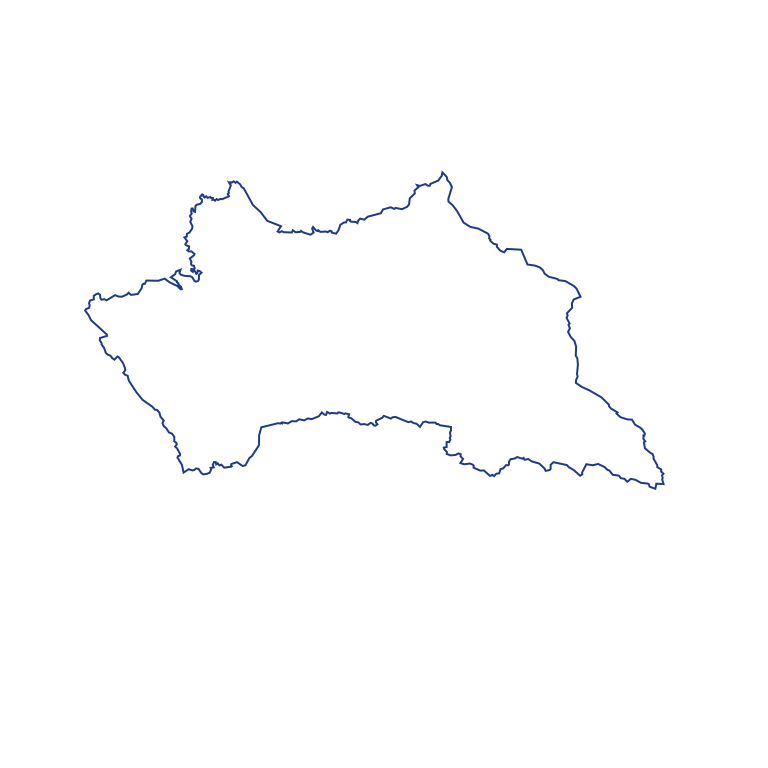 Mueang Phrae, Phrae, Thailand, rotated 312°
{"feature_id": "78962969B59947573587879", "entity_name": "Mueang Phrae", "entity_type": "district", "adm_level": 2, "iso_a3": "THA", "parent_name": "Thailand", "parent_adm1": "Phrae", "projection": "equal_earth", "projection_center": [100.232, 18.084], "detail": "fine", "context": "isolated", "style": "outline", "palette": "blue", "viewbox_px": 768, "rotation_deg": 312, "n_neighbors": 0, "source": "geoboundaries", "source_scale": "gbopen_adm2", "svg_char_len": 6166}
<svg xmlns="http://www.w3.org/2000/svg" viewBox="0 0 768 768"><g transform="rotate(312 384 384)"><path d="M184.1,294.3L190.0,295.9L191.5,299.3L193.0,300.5L195.4,300.8L196.8,302.9L195.6,307.8L195.9,310.1L198.4,312.3L201.4,313.8L205.3,312.5L205.7,311.3L208.1,313.3L209.3,310.9L212.3,309.9L213.3,311.2L212.0,313.1L213.8,313.5L213.3,316.1L215.2,317.1L214.9,321.2L220.3,325.8L221.0,325.9L221.2,324.8L222.4,324.1L227.6,327.1L228.4,333.7L230.8,335.4L238.8,333.5L242.4,334.0L254.7,332.1L262.4,325.5L269.7,321.8L284.0,331.5L285.2,333.4L286.7,333.7L286.6,334.7L287.8,334.6L290.4,339.0L294.6,340.3L297.5,343.7L301.2,344.7L303.5,349.0L307.4,350.4L309.5,353.8L316.5,357.2L321.2,356.8L321.3,360.1L322.3,361.6L325.1,360.4L325.9,363.7L327.3,364.3L330.9,369.1L332.2,369.0L333.3,370.2L335.1,374.5L336.2,374.9L338.2,378.3L335.5,379.6L335.5,380.4L336.7,382.7L336.7,387.9L338.3,390.6L338.3,393.7L341.1,396.3L342.7,399.3L346.1,400.0L346.9,401.9L346.4,404.1L347.4,405.6L349.6,406.1L350.1,403.6L351.4,402.7L357.8,405.3L360.2,405.2L362.9,412.2L364.9,412.6L367.2,414.5L371.9,427.6L374.3,429.2L374.6,431.7L376.3,434.9L376.2,439.5L381.8,438.6L384.0,440.1L385.3,443.2L389.7,448.0L389.5,449.9L390.5,451.1L390.7,453.1L396.9,462.5L394.1,465.0L392.3,465.3L389.6,468.5L388.1,468.8L387.1,470.6L384.4,471.2L382.7,469.4L379.1,472.7L376.7,471.0L375.8,472.5L375.6,476.1L374.0,477.5L375.7,481.5L379.3,484.7L382.3,485.8L383.1,488.0L381.4,489.4L381.2,492.9L376.4,493.7L377.9,497.2L382.4,501.1L383.4,503.8L383.4,505.2L381.8,506.5L384.0,513.5L386.6,516.0L386.6,524.3L389.0,525.3L389.2,527.4L392.5,527.5L394.7,529.4L398.8,527.5L400.9,529.0L405.4,529.0L406.7,530.7L407.8,530.7L409.9,528.9L412.8,528.4L416.4,531.2L418.8,531.8L421.0,536.7L422.5,537.2L421.7,539.0L424.8,541.5L425.3,545.4L428.8,552.8L428.6,560.0L427.6,562.2L430.9,564.7L432.5,564.6L435.4,561.9L439.2,562.2L446.1,574.1L445.9,577.0L447.0,582.5L447.1,591.1L449.5,591.8L450.9,590.4L459.8,588.1L463.2,593.4L467.9,596.7L469.9,603.6L469.7,607.6L470.5,609.3L469.6,614.8L473.1,619.9L472.5,623.0L474.4,626.1L474.1,630.2L478.6,630.9L481.0,634.8L482.5,641.1L486.6,646.8L486.7,647.9L485.4,650.1L487.7,655.7L492.1,653.1L496.7,658.7L499.1,654.7L500.6,654.0L502.2,651.7L504.3,651.7L504.4,648.5L506.0,647.2L505.1,642.8L506.5,641.4L508.9,634.2L510.4,633.0L511.7,630.2L511.1,628.6L510.8,620.9L514.6,616.2L516.2,616.5L516.8,613.5L519.4,611.3L519.9,612.0L521.7,611.0L522.9,607.1L523.0,603.8L521.8,597.8L523.4,592.1L520.4,588.3L517.6,582.0L517.6,576.6L519.1,576.6L517.7,569.1L518.0,566.1L519.1,565.0L519.6,554.7L516.7,540.9L514.2,533.1L513.2,525.8L515.4,524.1L519.2,522.9L520.5,520.8L528.2,515.1L532.5,510.4L533.3,507.6L540.2,501.9L543.4,496.8L543.9,491.4L545.9,485.9L549.8,484.9L551.4,481.5L553.1,481.5L555.3,475.5L557.8,474.6L559.0,472.6L566.5,472.8L569.6,469.7L573.7,468.4L580.3,471.7L583.7,463.4L583.9,459.6L581.8,449.8L578.0,444.4L578.0,442.4L574.0,434.8L573.5,429.5L574.9,425.9L574.9,421.8L573.1,417.1L568.8,410.7L575.6,396.1L566.6,384.9L562.3,385.2L560.9,381.3L561.4,376.3L563.1,374.6L561.5,371.4L561.6,366.9L562.5,366.5L562.6,364.6L564.2,363.6L565.3,360.7L562.6,350.1L558.5,343.0L557.2,335.3L561.5,322.3L562.8,315.2L562.7,309.8L564.7,307.9L575.8,302.7L577.6,298.4L577.9,294.8L579.9,291.9L580.3,285.8L577.3,287.6L571.4,288.2L563.8,284.6L562.1,285.4L560.8,284.1L560.3,281.0L555.2,278.1L553.9,275.5L553.2,277.9L548.2,277.2L546.2,279.4L539.3,278.9L534.1,282.5L531.1,282.6L526.0,280.4L522.5,274.7L521.0,274.5L519.8,270.7L513.1,266.5L508.8,267.4L497.5,260.0L492.9,259.4L491.1,255.7L488.3,255.4L485.8,256.6L485.5,254.7L482.5,250.7L482.4,249.6L483.2,248.9L481.7,246.8L478.6,247.6L477.2,246.2L473.2,245.0L467.8,247.3L463.6,247.8L461.6,243.8L462.4,242.8L461.8,241.3L459.1,240.5L458.6,239.0L454.4,234.8L454.3,232.3L453.5,232.6L452.6,230.9L453.2,226.2L451.4,226.6L449.4,230.4L445.7,229.4L442.4,222.0L442.3,219.9L440.9,219.9L437.7,216.9L437.2,213.4L434.9,214.1L429.7,207.9L429.2,205.8L426.6,204.8L426.2,202.9L432.3,201.8L427.1,188.0L429.2,177.5L429.3,166.9L435.6,148.8L435.1,146.7L436.1,143.5L435.9,139.3L434.1,139.0L434.1,136.7L432.3,136.3L431.1,134.9L430.4,135.6L430.0,134.2L429.0,137.3L422.9,139.7L422.0,140.9L420.6,140.8L419.8,143.2L413.1,140.1L411.8,138.4L409.8,137.7L409.4,135.8L407.2,135.8L407.1,134.3L406.0,133.2L407.6,132.4L406.5,130.6L406.8,129.8L404.3,128.4L404.5,126.2L402.6,125.9L402.7,124.1L403.6,123.3L403.2,122.0L399.9,122.1L399.0,123.2L399.3,125.2L397.5,126.8L394.8,126.9L391.8,124.8L390.1,124.8L385.5,128.4L384.9,126.9L386.4,124.4L385.6,123.6L383.2,125.1L382.0,127.0L378.9,127.4L378.0,130.5L374.9,131.5L373.0,136.2L371.1,137.4L366.6,138.1L363.7,137.1L361.5,138.8L359.4,137.6L358.5,142.3L354.9,142.8L354.7,144.2L355.9,147.0L353.9,148.6L351.8,148.3L351.9,150.2L353.7,152.1L353.9,156.1L352.8,156.7L347.4,155.7L345.9,159.2L344.0,160.3L343.6,161.8L344.7,163.8L343.3,165.9L342.3,166.1L340.5,163.9L339.2,164.9L339.4,166.9L340.7,166.4L341.5,167.4L340.3,170.8L341.4,171.1L343.6,169.7L344.6,171.7L344.6,173.9L341.2,173.5L338.0,176.4L336.1,176.9L334.2,175.7L333.7,174.4L335.0,170.1L334.6,168.1L330.8,163.2L329.2,159.7L329.8,157.6L332.7,156.3L328.6,154.2L325.8,155.3L320.7,154.2L321.8,161.4L321.0,162.2L321.3,163.9L320.4,164.6L320.4,168.1L319.2,170.2L318.3,169.6L318.6,165.1L316.2,157.0L315.5,150.5L309.7,147.2L301.9,138.2L298.5,139.3L297.5,138.1L295.8,138.1L293.0,139.8L286.1,140.8L280.9,136.3L281.0,133.1L278.6,133.1L273.4,130.8L271.2,127.9L270.1,124.7L260.5,121.8L259.9,119.4L257.5,117.6L258.0,115.8L260.3,113.3L260.1,111.1L258.4,110.1L255.4,109.3L252.7,111.7L249.4,109.7L246.6,110.7L245.6,112.6L243.3,113.9L240.2,112.4L238.6,112.8L237.5,118.4L235.4,123.5L235.3,144.9L234.3,145.9L228.2,142.2L226.4,143.4L225.3,147.0L224.5,147.5L223.5,151.9L221.0,156.4L221.0,159.0L222.0,161.8L221.4,164.8L221.7,167.4L226.1,167.5L226.4,169.3L224.9,176.2L222.1,181.6L220.8,182.6L217.9,182.7L217.7,185.6L218.6,188.0L215.8,192.0L212.1,205.9L210.7,215.5L212.1,227.3L211.6,230.9L212.8,232.7L212.4,236.3L210.1,239.8L209.4,244.8L206.7,245.6L205.4,248.3L205.4,251.8L204.1,256.6L205.3,259.7L204.3,263.7L201.2,266.3L201.2,269.3L200.5,270.4L197.7,270.7L197.7,273.3L195.5,279.4L194.3,280.2L192.4,279.2L191.1,279.8L188.8,287.8L184.1,294.3Z" fill="none" stroke="#1e3a8a" stroke-width="2"/></g></svg>